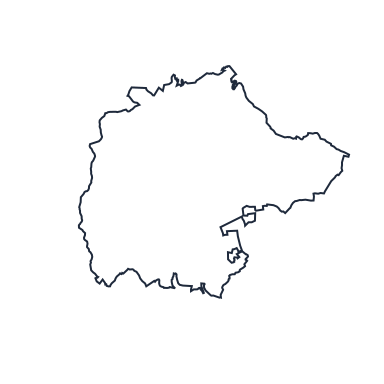 Sanpaul, Cluj, Romania (Mercator projection), rotated 32°
{"feature_id": "2599482B48452266583717", "entity_name": "Sanpaul", "entity_type": "district", "adm_level": 2, "iso_a3": "ROU", "parent_name": "Romania", "parent_adm1": "Cluj", "projection": "mercator", "projection_center": [23.418, 46.899], "detail": "fine", "context": "isolated", "style": "outline", "palette": "slate", "viewbox_px": 384, "rotation_deg": 32, "n_neighbors": 0, "source": "geoboundaries", "source_scale": "gbopen_adm2", "svg_char_len": 5970}
<svg xmlns="http://www.w3.org/2000/svg" viewBox="0 0 384 384"><g transform="rotate(32 192 192)"><path d="M228.0,282.5L225.1,281.7L222.5,279.1L221.3,277.3L221.6,276.1L221.0,275.2L220.8,273.1L219.7,270.7L221.5,270.2L221.5,269.8L222.2,269.9L222.8,270.4L223.4,271.7L225.9,274.3L228.7,276.7L230.8,277.2L233.8,276.2L241.7,271.9L242.8,275.2L243.7,276.6L245.1,273.7L248.0,271.8L248.4,271.2L248.6,270.0L249.4,269.2L249.9,269.1L250.7,270.0L253.0,270.6L255.1,271.9L255.5,271.3L250.0,267.1L248.3,264.6L251.1,263.2L251.5,263.4L251.6,264.8L252.9,266.7L255.7,268.3L262.7,269.7L263.6,269.5L264.9,268.5L271.3,267.0L271.7,266.4L272.5,266.2L270.8,264.0L270.2,258.4L268.4,257.3L268.1,256.8L267.9,254.7L268.2,253.7L269.0,252.4L269.9,249.1L269.9,247.6L269.3,246.7L269.3,245.9L269.7,245.5L268.9,244.2L268.0,243.5L268.2,242.3L269.8,240.4L271.8,239.1L271.7,237.4L273.6,235.7L274.3,234.4L274.5,233.8L273.9,233.1L273.9,232.3L275.6,228.9L276.3,226.8L274.7,225.5L275.2,221.2L273.4,221.0L273.5,220.2L273.1,220.1L273.7,217.1L272.8,216.1L271.0,216.0L270.7,216.3L266.2,215.7L264.9,217.4L262.9,220.9L266.6,222.1L265.9,223.8L265.6,223.4L262.6,224.9L262.9,226.3L264.2,227.1L264.3,228.7L264.8,228.9L264.6,229.5L263.1,231.0L258.3,230.0L254.4,224.0L258.1,222.7L256.9,219.1L258.2,218.0L259.6,215.9L262.1,217.2L263.0,218.1L264.4,216.4L265.8,215.5L261.3,212.0L254.4,205.3L250.8,200.9L242.4,206.7L244.7,209.5L242.6,210.9L241.5,212.3L240.1,210.6L234.8,206.7L247.2,186.5L249.5,188.3L251.0,188.8L254.0,191.2L254.9,192.4L256.0,187.7L258.7,186.0L260.6,183.0L256.8,176.5L251.2,181.1L251.5,182.8L247.9,184.8L247.5,183.9L243.8,179.3L243.9,178.3L245.7,174.8L248.7,174.1L253.2,171.2L255.2,173.8L256.1,174.0L261.7,169.1L259.6,166.4L260.9,165.2L262.8,164.2L262.3,162.7L268.1,160.0L271.6,159.4L274.0,159.8L276.5,160.9L278.5,161.1L279.8,160.1L282.2,160.5L283.5,153.9L283.8,153.4L283.3,150.6L283.4,147.7L284.3,145.1L285.5,144.2L287.6,141.7L289.0,141.0L292.3,138.4L297.4,136.3L299.6,134.8L297.8,131.2L295.9,129.0L296.9,128.0L299.9,126.6L301.6,124.7L304.7,123.3L304.4,121.0L304.3,109.0L305.5,103.9L305.4,102.4L306.2,100.2L307.4,100.0L307.7,96.2L308.2,94.4L306.2,92.5L305.0,89.7L303.5,87.4L301.6,80.8L306.0,79.2L305.4,77.1L299.9,77.6L296.4,78.4L293.8,78.4L291.9,79.0L288.4,78.3L285.3,78.7L284.3,77.5L279.3,78.0L276.9,77.3L272.8,78.7L269.9,76.7L268.0,75.9L266.8,75.7L264.9,76.9L263.5,78.5L261.4,79.3L259.3,80.5L260.0,82.1L259.3,84.1L258.6,85.2L257.5,86.1L257.8,87.7L257.4,89.1L256.2,89.5L253.5,89.1L251.3,89.4L251.1,89.9L252.0,91.6L250.6,92.0L249.6,93.2L245.8,93.6L244.9,94.4L244.3,94.4L241.8,96.5L232.4,98.3L228.7,96.7L225.0,96.4L224.9,96.0L223.7,95.2L218.5,93.8L216.4,90.0L215.4,89.4L214.6,88.1L213.8,87.4L208.7,86.5L204.3,86.3L199.2,86.6L197.0,85.2L191.9,84.6L188.0,83.1L186.4,81.9L184.8,80.1L181.2,77.6L179.5,75.6L176.1,74.0L174.4,74.5L173.3,75.9L173.5,78.2L173.1,79.4L173.3,80.7L173.2,82.6L172.6,83.0L171.3,82.6L170.9,82.0L171.8,81.8L171.7,80.7L171.2,80.2L170.2,80.3L169.8,79.5L169.8,78.2L170.8,78.3L170.6,77.6L170.7,77.1L171.0,77.1L170.8,76.7L171.2,76.7L170.6,76.0L170.7,75.6L171.2,75.4L171.1,75.0L170.5,74.6L169.4,74.9L169.4,75.7L170.3,76.2L170.2,76.5L169.6,76.2L168.9,76.6L168.6,76.4L168.5,76.8L168.0,76.9L168.1,77.3L167.7,77.7L167.2,77.3L167.3,78.1L166.2,76.2L165.9,76.3L165.2,75.4L165.4,75.1L165.3,74.8L166.2,70.5L167.0,68.8L157.1,65.4L155.8,66.2L155.7,67.0L155.2,67.0L154.6,67.5L154.6,68.2L154.0,68.8L154.2,69.2L153.1,69.5L153.2,70.1L152.4,71.0L152.6,72.4L152.9,72.0L155.3,71.8L154.5,73.0L154.4,74.5L152.5,78.2L151.6,78.9L149.0,79.8L146.7,80.0L145.7,81.5L145.0,81.6L144.0,82.6L141.7,83.4L138.8,91.0L138.4,91.3L138.5,91.6L136.8,95.0L136.9,97.2L136.6,97.7L130.7,102.3L128.4,102.1L127.3,103.6L127.5,105.0L126.8,104.7L125.5,102.9L124.4,102.1L124.0,102.2L124.3,103.5L127.0,107.0L126.4,108.0L125.4,107.5L124.0,107.7L122.7,109.9L121.5,105.1L120.8,104.1L120.1,104.5L120.1,105.6L118.8,104.9L119.4,104.3L118.8,103.7L117.8,104.8L116.4,103.5L115.8,102.2L114.2,102.3L113.9,105.1L114.3,106.2L116.2,108.7L116.6,109.8L115.4,112.7L111.7,116.0L113.7,121.7L108.6,121.1L108.7,130.2L107.7,130.7L105.0,129.9L101.3,129.9L99.1,129.3L97.9,128.2L85.4,135.3L85.5,139.7L86.4,143.2L86.4,144.6L87.9,144.2L94.0,146.5L95.7,146.5L98.3,145.4L101.2,146.0L98.4,149.7L97.6,153.3L96.7,154.8L96.4,156.2L95.7,157.2L94.7,157.7L92.3,157.1L90.2,159.4L89.3,160.9L86.2,163.9L85.1,164.2L80.0,167.5L78.5,168.8L77.7,170.4L76.7,171.1L77.4,174.1L76.3,176.8L75.8,180.0L76.0,180.7L76.7,182.0L77.9,183.2L79.1,185.6L81.5,187.5L83.2,189.9L85.4,192.0L86.3,192.6L86.7,193.5L86.8,195.5L86.2,198.3L80.2,205.4L80.8,207.2L82.0,208.2L83.9,208.6L86.7,210.5L88.8,211.2L90.4,212.5L91.0,213.3L91.6,217.8L91.3,219.9L91.7,221.2L93.4,224.4L93.7,225.7L95.8,228.3L96.8,230.0L98.6,231.4L99.8,233.0L100.7,236.1L101.6,237.3L101.6,241.6L102.7,243.6L103.0,245.2L102.6,246.8L101.4,247.9L100.9,249.0L101.1,251.2L100.5,255.3L103.0,259.7L104.4,264.7L105.3,265.3L105.9,266.3L106.8,267.0L108.2,269.1L111.2,271.0L112.7,273.2L113.8,274.1L114.2,275.5L113.9,277.1L114.0,278.6L113.7,279.4L113.8,280.3L115.1,282.2L119.2,282.3L120.4,283.0L123.1,283.5L124.1,285.3L124.6,287.9L125.4,289.0L126.5,289.4L129.3,289.6L130.8,291.2L131.7,293.6L132.3,294.4L134.6,295.0L136.3,296.8L137.8,296.9L140.3,298.2L141.8,299.9L142.6,302.4L142.6,304.4L143.7,305.4L144.1,307.4L148.0,311.8L150.7,312.5L153.2,312.7L156.3,313.9L157.4,313.8L157.2,314.8L156.5,315.1L155.8,316.3L158.6,318.3L162.2,318.6L162.6,313.6L166.4,315.2L167.5,316.4L168.2,315.7L169.4,316.8L171.2,316.3L172.5,315.4L172.2,314.0L172.3,312.0L173.5,308.0L173.0,305.8L173.0,303.6L174.0,300.4L174.1,299.1L175.6,299.1L175.9,298.6L175.7,297.6L177.0,297.5L178.4,292.2L178.5,291.0L180.3,290.7L182.4,289.1L183.5,288.9L184.8,289.4L187.2,289.1L191.3,290.8L193.8,292.7L197.0,293.9L200.7,294.4L203.2,296.2L207.1,287.4L208.2,287.7L208.4,286.0L209.3,284.4L210.1,283.7L211.0,284.1L212.5,286.8L213.6,287.9L214.6,288.5L216.1,288.5L218.3,287.8L218.9,288.2L222.0,286.4L223.3,285.2L223.4,284.5L223.8,284.3L227.9,282.9L228.0,282.5Z" fill="none" stroke="#1e293b" stroke-width="2"/></g></svg>